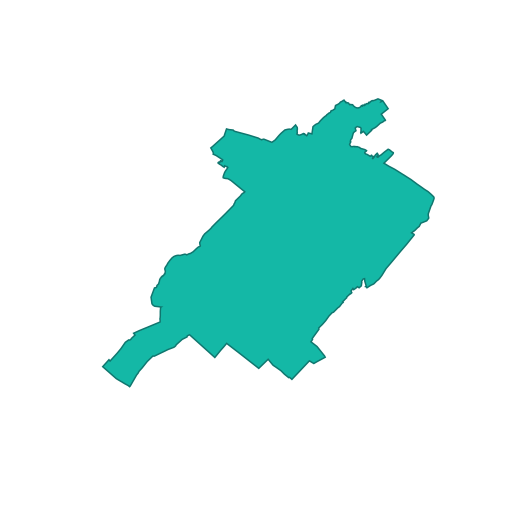 the district of Radesti, Galati, Romania, rotated 60°
{"feature_id": "2599482B86347872402949", "entity_name": "Radesti", "entity_type": "district", "adm_level": 2, "iso_a3": "ROU", "parent_name": "Romania", "parent_adm1": "Galati", "projection": "mercator", "projection_center": [27.788, 46.057], "detail": "fine", "context": "isolated", "style": "filled", "palette": "teal", "viewbox_px": 512, "rotation_deg": 60, "n_neighbors": 0, "source": "geoboundaries", "source_scale": "gbopen_adm2", "svg_char_len": 6036}
<svg xmlns="http://www.w3.org/2000/svg" viewBox="0 0 512 512"><g transform="rotate(60 256 256)"><path d="M306.0,430.8L305.7,429.9L299.3,418.8L298.5,416.7L297.4,415.0L296.0,410.6L293.0,403.0L291.1,395.4L291.9,394.0L293.0,378.9L294.0,372.8L293.9,371.6L293.6,370.4L293.0,369.5L291.3,361.6L291.6,356.2L290.8,355.4L291.0,352.9L323.3,342.4L320.1,334.0L318.6,329.5L317.0,325.1L333.3,318.4L354.7,309.8L351.5,297.1L358.9,295.9L360.5,295.2L361.6,294.6L367.9,291.7L372.5,290.5L377.7,288.5L377.9,287.6L380.8,286.6L373.5,262.2L378.0,259.7L378.0,255.9L378.3,246.7L376.9,246.6L364.9,248.4L357.8,251.3L356.6,248.8L355.6,248.6L350.9,238.1L349.7,237.7L348.3,232.3L346.8,227.9L344.5,222.9L343.2,218.5L343.4,216.9L341.8,211.1L341.6,209.0L339.9,205.0L339.8,203.8L339.0,203.9L337.8,199.7L337.5,198.3L336.8,197.8L335.8,193.3L336.1,193.1L335.7,191.4L333.8,191.2L332.6,188.3L334.0,188.2L333.8,185.6L333.3,183.5L335.1,182.6L334.5,179.7L331.7,177.5L330.6,177.1L329.5,174.6L329.9,173.3L332.3,174.4L337.1,175.6L337.3,176.4L337.8,175.9L339.0,175.8L338.8,172.4L338.8,170.5L339.0,168.9L339.0,167.7L338.0,164.2L337.7,161.7L337.2,160.1L335.7,156.6L331.9,149.6L329.9,143.9L323.9,127.5L321.3,120.0L316.8,108.4L316.3,108.3L313.7,109.7L313.2,105.3L312.3,102.1L312.0,99.9L310.0,96.8L310.9,90.6L309.8,87.9L309.5,87.4L306.7,86.4L305.5,85.6L300.2,79.5L299.4,78.0L297.7,75.9L295.3,73.1L294.1,72.5L293.3,72.6L290.4,73.4L286.5,74.7L282.4,76.8L278.2,78.7L274.2,80.6L267.2,83.6L250.3,92.5L244.6,96.1L239.6,98.8L237.0,88.9L236.3,86.8L235.8,85.9L235.4,85.5L235.1,85.4L234.0,86.1L231.8,86.9L230.8,87.3L229.6,88.2L230.2,92.8L231.0,97.3L230.9,98.4L231.4,101.1L230.5,101.7L229.9,99.9L229.4,99.8L229.1,99.5L227.6,99.7L227.8,100.4L227.8,100.8L228.1,101.1L228.2,101.5L228.1,101.8L228.3,102.4L229.4,104.2L230.2,106.7L229.4,105.9L228.7,104.5L228.4,104.6L227.9,105.2L227.4,105.6L227.0,105.7L226.7,105.5L226.4,105.7L226.8,106.9L226.7,107.3L223.7,108.9L222.3,110.1L221.3,110.3L220.9,110.2L220.6,109.9L220.3,108.1L220.1,107.6L219.3,107.9L218.2,108.6L214.9,111.8L214.0,111.9L211.8,113.8L211.6,114.5L211.2,114.8L211.0,115.0L210.9,115.8L210.3,116.0L210.1,116.3L209.8,117.0L209.7,117.5L208.7,119.1L207.2,119.2L206.0,119.1L204.6,116.9L204.1,117.1L202.6,115.8L202.1,114.2L198.4,110.5L198.1,110.1L197.8,109.2L197.6,108.1L197.5,106.8L194.8,106.1L194.5,104.8L194.5,103.6L196.8,101.4L197.4,101.2L198.1,101.2L198.7,101.7L200.7,102.8L201.2,103.5L202.1,103.7L201.8,100.7L204.6,100.1L206.6,99.8L205.1,93.5L205.0,93.0L204.8,92.8L204.4,92.9L204.3,92.7L204.3,92.0L204.4,88.8L204.2,86.8L203.1,81.9L203.3,80.1L203.3,78.7L203.0,77.2L203.3,76.5L203.1,76.0L195.8,76.6L194.5,67.9L185.2,68.6L184.9,70.5L184.2,69.2L180.9,71.8L180.5,75.1L180.0,77.2L179.6,77.5L179.5,77.8L179.5,78.4L179.6,79.0L179.5,79.5L179.7,80.1L180.0,80.7L180.1,81.2L180.0,81.4L179.4,81.3L179.3,81.6L180.1,82.4L180.2,82.8L179.5,83.6L179.5,84.0L179.3,84.5L179.7,85.4L179.6,85.7L179.2,86.0L179.8,86.5L179.8,87.0L179.4,87.1L179.2,87.6L178.8,87.7L178.7,87.9L178.8,88.2L179.3,88.4L179.5,88.9L179.3,89.1L179.0,88.9L178.7,89.1L178.5,89.4L178.5,89.7L178.9,90.3L179.1,90.9L179.2,91.6L179.1,92.3L178.9,93.5L177.9,94.9L176.6,95.8L174.8,96.5L173.3,96.7L173.0,97.0L172.7,97.7L172.1,98.1L172.0,98.8L171.8,99.2L171.4,99.3L169.8,99.4L169.1,100.0L169.0,100.5L168.8,100.7L168.7,100.9L168.4,101.0L168.2,101.4L167.7,101.2L167.6,101.5L166.9,101.4L166.5,101.8L165.9,101.8L165.3,101.7L165.0,101.8L164.9,103.0L165.1,103.3L165.1,103.7L164.9,105.7L165.0,106.3L165.3,106.9L165.5,107.7L165.6,108.9L165.4,111.9L166.1,112.3L166.5,113.0L167.9,114.0L168.1,114.4L168.1,115.1L168.0,115.4L168.1,116.0L168.2,116.9L167.9,117.7L167.9,118.1L168.0,118.4L167.9,118.7L168.7,119.5L168.8,119.8L168.9,120.3L168.7,121.1L168.7,121.6L168.8,121.7L169.1,124.2L169.6,125.1L169.5,125.8L169.9,128.4L171.1,132.7L172.2,135.4L171.9,138.3L172.1,140.1L172.5,142.0L178.2,146.5L175.6,149.2L176.4,150.2L176.5,150.6L177.2,151.7L177.2,152.0L175.8,152.5L174.9,153.4L174.4,152.9L173.6,153.7L173.6,154.6L173.5,156.0L173.3,157.0L173.1,157.8L172.5,158.7L170.8,159.6L170.0,158.7L168.9,158.2L167.4,157.3L166.8,156.7L165.9,156.3L165.2,156.0L163.1,156.2L162.3,156.2L163.9,162.2L162.7,163.8L162.0,165.5L161.3,168.0L162.3,173.1L163.1,175.8L165.1,181.4L165.5,185.4L158.7,190.8L158.2,192.4L158.2,193.0L156.6,194.2L155.1,195.0L147.5,202.0L137.6,211.9L136.5,212.6L135.5,212.8L133.0,216.2L131.2,218.0L135.6,223.0L136.0,223.2L136.3,224.0L139.4,238.6L139.8,241.1L144.3,241.2L145.7,241.5L146.4,242.2L149.0,240.3L155.9,236.8L156.2,237.3L156.6,237.2L157.2,238.3L155.8,239.0L156.2,240.1L156.6,240.0L156.7,240.4L156.8,240.9L156.2,241.1L156.0,241.5L156.3,242.3L156.5,242.4L158.2,241.7L159.5,240.9L161.9,239.9L163.2,239.2L162.2,238.0L164.1,236.7L164.1,236.4L165.2,236.1L165.8,237.1L167.3,240.3L168.2,241.7L170.6,244.5L171.7,245.3L171.9,245.3L173.3,244.0L175.1,241.6L177.9,240.0L194.8,233.6L195.1,234.4L195.1,236.3L195.3,237.5L196.2,239.4L197.9,246.2L199.2,247.6L199.5,248.1L199.9,248.9L200.9,250.0L204.3,262.2L207.3,274.0L208.9,279.8L209.5,281.1L210.1,283.5L211.2,289.4L212.3,292.0L215.0,296.1L216.2,298.0L217.7,298.7L219.3,299.1L219.5,299.3L219.6,299.6L219.4,301.5L219.8,303.8L220.9,308.3L221.0,311.9L220.6,312.6L220.4,315.4L219.4,316.0L218.7,317.0L217.6,321.4L216.4,323.1L215.8,324.7L215.4,326.9L215.4,327.7L215.7,329.8L216.8,332.9L218.1,335.9L219.2,337.6L220.2,339.7L221.1,341.1L222.4,341.8L223.7,342.0L225.8,343.7L225.7,343.9L225.7,344.1L226.0,344.3L226.0,344.8L226.4,345.2L226.5,345.5L226.5,346.5L226.8,346.8L226.7,347.1L226.8,347.1L226.7,347.5L226.9,347.8L226.8,348.4L227.2,348.9L227.4,349.5L227.4,349.8L228.1,350.9L228.5,351.4L229.6,352.3L231.5,354.4L232.0,356.5L233.0,357.3L233.4,358.2L233.2,358.7L232.9,359.9L239.2,367.5L245.4,370.0L247.4,369.7L248.9,368.8L252.7,363.7L252.7,364.0L253.1,364.5L256.0,366.5L259.8,368.7L261.6,369.9L262.4,370.6L264.4,371.5L265.2,372.1L262.3,394.1L261.7,400.6L264.0,400.3L265.1,405.1L265.7,406.3L265.6,407.5L265.0,408.2L265.4,412.3L268.7,419.3L270.9,425.2L274.0,434.9L272.3,435.2L275.2,444.1L292.4,438.3L301.0,433.5L304.4,431.4L306.0,430.8Z" fill="#14b8a6" stroke="#0f766e" stroke-width="1.5"/></g></svg>